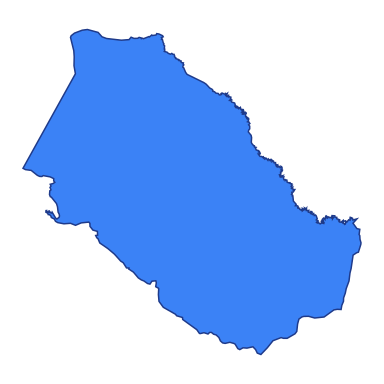 outline of Na Mon, Kalasin, Thailand
{"feature_id": "78962969B62182146168517", "entity_name": "Na Mon", "entity_type": "district", "adm_level": 2, "iso_a3": "THA", "parent_name": "Thailand", "parent_adm1": "Kalasin", "projection": "mercator", "projection_center": [103.83, 16.584], "detail": "fine", "context": "isolated", "style": "filled", "palette": "blue", "viewbox_px": 384, "rotation_deg": 0, "n_neighbors": 0, "source": "geoboundaries", "source_scale": "gbopen_adm2", "svg_char_len": 5962}
<svg xmlns="http://www.w3.org/2000/svg" viewBox="0 0 384 384"><path d="M260.9,354.5L267.3,347.8L273.0,340.7L281.1,337.6L283.4,338.3L287.2,338.3L295.0,333.8L296.8,331.4L297.6,324.0L298.9,319.1L301.8,317.0L303.8,316.4L308.6,316.3L314.7,318.0L324.1,317.0L333.9,309.9L337.3,309.3L341.1,309.5L341.8,305.4L343.5,301.3L343.6,297.9L345.3,293.1L346.2,288.7L349.0,281.0L350.0,272.9L351.1,268.6L353.1,255.1L356.7,252.7L358.4,252.2L360.8,244.5L361.0,242.8L360.0,239.3L359.8,235.7L359.1,234.5L359.8,229.3L356.9,228.6L353.0,223.2L356.9,218.9L352.9,220.0L352.6,218.5L351.8,218.5L351.8,217.8L350.2,217.3L350.0,218.1L351.1,218.3L350.1,219.4L350.0,220.2L348.7,219.8L346.9,222.0L345.5,220.8L345.0,221.0L345.8,222.3L345.4,224.0L344.7,224.4L344.3,223.7L343.1,223.3L343.8,221.1L343.4,220.2L342.2,221.2L343.1,221.7L342.7,222.4L339.4,222.0L338.8,221.0L339.7,220.9L339.7,219.8L336.6,218.7L336.8,217.4L335.0,217.1L334.8,215.8L332.0,215.6L331.8,216.6L333.4,217.6L332.6,218.8L332.6,217.7L331.8,218.1L331.2,217.2L330.0,217.8L328.7,216.9L327.7,218.0L327.2,216.6L326.1,215.8L325.6,216.4L326.2,217.8L325.9,218.2L325.6,217.7L324.7,218.1L324.8,219.4L323.5,218.1L322.3,219.4L323.2,220.3L323.4,222.2L324.0,222.5L323.8,223.5L322.5,223.2L322.7,222.2L322.3,221.1L321.5,220.9L321.2,221.9L321.6,223.1L320.2,223.9L319.1,223.4L318.6,222.2L317.6,223.0L316.5,222.5L317.9,220.6L316.3,219.9L317.2,218.6L316.2,215.8L315.5,215.0L314.3,215.5L313.7,213.6L312.8,214.5L311.8,213.8L312.2,212.5L311.8,211.6L310.8,211.5L310.6,213.3L309.3,212.0L308.4,212.2L308.1,211.8L308.8,210.4L306.3,210.5L306.5,208.3L306.2,208.7L304.8,208.0L305.3,209.0L304.8,209.6L303.0,208.7L303.7,209.9L302.5,210.8L302.6,209.3L301.6,209.3L301.3,210.2L299.7,209.3L299.7,208.4L297.8,208.1L297.7,207.5L298.3,207.1L297.7,205.9L295.4,205.7L296.2,204.3L293.4,201.1L292.9,196.4L292.3,196.0L292.7,195.3L291.5,194.4L292.2,193.6L291.8,192.3L293.3,192.0L294.7,189.7L293.3,189.9L293.5,189.2L291.6,188.5L292.8,187.1L291.3,186.9L291.1,186.4L292.3,185.1L291.5,184.7L291.8,183.8L290.0,183.4L290.0,182.7L288.3,182.7L287.1,182.1L286.9,180.1L286.0,179.9L285.2,180.5L285.0,179.6L283.9,179.7L283.5,178.2L283.8,176.9L283.0,177.2L282.3,176.4L282.9,175.6L281.5,176.0L281.2,177.1L280.2,177.0L279.6,175.3L280.6,175.4L279.6,174.7L280.9,174.0L280.5,172.2L281.4,171.9L281.2,170.3L282.0,171.1L282.5,170.1L281.9,169.6L282.1,167.9L281.6,166.7L281.2,166.5L281.4,167.2L280.0,167.6L279.6,166.8L278.8,166.9L278.7,166.3L277.7,166.8L277.7,165.4L276.7,166.5L276.0,165.7L276.7,164.6L275.5,164.2L275.5,162.6L274.1,162.8L273.5,161.1L272.0,161.6L272.4,160.5L271.1,159.3L270.6,159.5L271.1,160.1L270.3,160.8L268.4,159.0L267.9,160.3L266.3,158.3L265.0,159.0L265.0,157.9L263.7,157.6L263.3,156.7L263.0,156.8L263.1,157.7L261.7,156.5L260.0,156.4L258.3,154.1L259.9,154.1L260.2,153.4L259.4,153.1L259.8,152.4L259.3,151.5L258.5,151.8L258.5,150.6L256.3,150.0L255.4,148.0L256.0,147.4L254.5,147.0L254.4,145.8L253.7,145.7L251.8,143.5L251.3,142.3L251.6,137.6L251.1,135.3L248.3,131.9L248.7,130.1L249.7,128.9L249.7,126.1L248.6,124.8L249.9,123.5L248.9,122.2L247.7,121.8L248.6,121.2L248.1,119.5L248.8,119.1L248.5,118.3L247.1,118.8L246.4,117.6L247.0,117.9L247.3,117.5L245.5,115.9L245.6,114.9L245.1,114.3L246.2,113.6L246.2,113.0L245.4,112.2L244.5,112.5L243.5,114.2L242.6,114.2L243.6,112.4L243.0,113.0L241.9,112.7L243.8,111.5L243.3,109.6L242.5,109.5L242.8,110.8L242.1,111.2L241.9,109.6L240.9,109.5L240.4,107.4L238.8,108.8L238.0,108.2L238.7,107.7L237.7,107.5L237.7,106.6L237.2,106.4L237.0,107.1L236.3,106.3L236.6,107.7L236.0,107.7L235.0,106.5L235.1,104.3L234.6,103.0L231.6,102.0L230.9,100.5L229.6,100.4L230.2,99.7L231.6,99.7L230.5,98.5L230.9,97.2L229.4,96.7L228.9,97.0L228.6,95.4L227.1,96.7L225.8,95.5L226.8,95.0L227.3,93.4L226.5,94.0L225.6,93.5L225.6,94.5L222.0,93.0L221.1,93.5L221.6,94.1L220.9,94.8L219.3,94.9L218.3,93.5L215.8,93.1L214.5,91.7L212.9,91.4L212.6,90.9L212.9,90.3L212.1,89.3L209.6,87.9L206.2,84.2L204.0,82.7L187.1,74.4L185.6,72.3L183.7,67.8L182.9,67.3L182.9,66.1L183.8,64.9L183.1,64.2L183.4,62.9L181.3,62.5L181.0,61.0L180.5,61.2L179.7,60.3L179.0,60.6L178.5,60.1L179.0,60.1L178.8,59.6L175.6,58.5L175.8,57.7L174.5,56.8L174.6,55.7L174.0,54.3L172.9,54.4L171.8,53.4L170.4,54.2L168.2,53.3L167.1,52.2L164.5,51.5L164.9,51.1L164.4,49.7L164.8,49.1L164.3,48.6L164.6,45.8L163.6,44.8L163.9,43.8L163.2,42.7L162.4,39.4L161.5,39.4L161.9,38.0L161.5,37.5L163.2,36.8L162.6,35.7L159.0,34.0L156.7,33.6L156.2,34.8L155.4,35.1L152.3,35.5L151.8,35.0L149.5,36.9L148.9,36.6L143.5,38.7L142.4,38.2L141.4,38.6L141.2,37.9L139.1,37.4L137.7,38.3L134.0,38.4L131.1,37.2L129.1,39.6L121.4,40.2L106.6,38.5L102.0,36.8L98.1,32.4L87.4,29.5L82.2,30.2L74.5,33.1L71.2,35.7L70.5,37.4L73.8,50.8L74.2,56.8L74.0,65.7L75.4,73.8L23.0,168.3L25.4,169.6L31.2,170.4L37.3,175.3L39.6,176.4L41.9,176.5L43.2,175.6L50.2,176.9L53.7,178.6L53.7,180.9L54.8,182.3L53.1,183.5L50.2,184.3L51.0,186.1L50.0,187.4L50.9,189.5L50.8,190.1L49.8,190.8L49.5,194.6L50.3,196.7L51.4,197.2L56.5,203.6L57.5,206.8L58.1,212.1L59.2,214.2L59.5,216.0L59.1,217.3L56.9,219.0L55.6,218.0L52.1,212.1L51.7,213.1L50.6,212.7L48.8,210.4L49.2,212.3L46.7,211.5L46.7,210.5L46.0,210.6L45.9,212.2L47.7,213.2L48.2,214.6L49.6,214.7L51.0,216.2L51.3,217.5L54.3,219.0L55.5,221.3L57.7,222.6L63.9,223.8L70.5,223.3L75.5,225.3L81.2,222.9L88.8,222.1L89.9,223.3L90.0,226.4L92.9,230.1L97.4,231.4L97.6,235.2L95.7,235.5L96.8,237.8L98.0,238.7L99.8,243.0L107.9,248.6L114.4,254.1L120.7,261.1L123.2,262.7L126.5,267.9L129.0,268.1L128.8,269.1L133.4,272.1L138.3,277.9L141.3,279.9L144.0,281.0L147.5,283.5L150.0,284.1L151.9,281.2L155.8,280.8L156.3,282.8L155.7,286.7L158.4,288.2L158.7,288.8L158.4,294.6L159.0,301.4L163.3,307.3L175.4,314.2L176.7,315.8L182.5,317.5L182.7,319.5L196.8,329.7L199.4,333.4L200.2,333.6L204.0,332.7L208.0,334.0L209.7,332.4L211.4,332.4L213.6,334.2L216.1,334.9L218.9,337.5L220.4,340.9L222.6,342.9L225.1,343.4L229.8,342.3L233.8,343.4L235.1,344.1L237.8,348.6L239.8,349.6L243.0,347.8L247.0,348.1L252.9,346.8L255.6,349.6L257.3,353.1L260.9,354.5Z" fill="#3b82f6" stroke="#1e3a8a" stroke-width="1.5"/></svg>